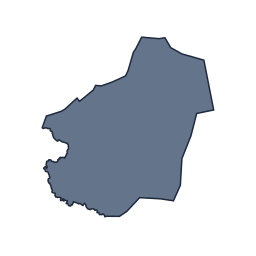 the district of Xairxan, Arhangay, Mongolia, rotated 253°
{"feature_id": "93677404B50954701545850", "entity_name": "Xairxan", "entity_type": "district", "adm_level": 2, "iso_a3": "MNG", "parent_name": "Mongolia", "parent_adm1": "Arhangay", "projection": "natural_earth1", "projection_center": [101.878, 48.564], "detail": "fine", "context": "isolated", "style": "filled", "palette": "slate", "viewbox_px": 256, "rotation_deg": 253, "n_neighbors": 0, "source": "geoboundaries", "source_scale": "gbopen_adm2", "svg_char_len": 5114}
<svg xmlns="http://www.w3.org/2000/svg" viewBox="0 0 256 256"><g transform="rotate(253 128 128)"><path d="M170.7,220.4L183.1,201.2L192.4,192.3L203.5,189.7L204.3,184.0L210.9,167.6L202.0,159.1L198.7,155.2L183.1,145.0L179.4,141.7L178.5,140.8L176.5,125.5L176.1,114.7L178.2,109.5L174.4,105.8L167.7,89.5L171.5,88.0L164.3,72.8L163.5,68.7L163.3,57.0L163.4,53.5L153.4,46.1L153.1,46.1L152.5,46.7L152.3,47.0L152.3,47.3L152.3,47.6L152.4,48.6L152.3,48.9L152.2,49.1L152.2,49.6L152.1,49.8L152.0,50.1L151.6,50.4L151.3,50.6L151.0,50.9L150.8,51.3L150.7,51.7L150.6,52.2L150.6,52.7L150.5,52.9L150.4,53.1L150.1,53.2L149.2,53.2L148.6,53.0L148.3,52.9L148.0,53.0L147.8,53.1L147.7,53.2L147.5,53.7L147.4,54.0L147.1,54.2L146.7,54.3L145.9,54.3L145.3,54.0L145.1,53.9L144.8,54.0L144.5,54.1L144.0,54.1L143.2,54.1L142.8,54.0L141.9,54.0L141.5,54.0L141.0,54.1L140.6,54.1L140.1,54.2L139.6,54.4L138.7,55.0L137.1,55.8L136.8,56.0L136.1,56.8L136.0,57.0L136.1,57.3L136.8,57.8L136.9,58.1L136.9,58.4L136.8,58.6L136.1,59.2L135.5,59.6L134.7,60.5L134.0,60.9L133.4,62.1L133.0,62.6L132.7,63.2L131.7,64.4L131.7,64.6L131.5,64.8L131.0,65.5L130.9,65.4L130.3,65.5L129.8,65.9L129.4,65.9L129.0,65.9L128.3,65.6L128.0,65.5L127.3,65.6L127.0,65.5L126.3,65.2L125.4,64.8L125.2,64.6L124.8,64.0L124.6,63.7L124.3,63.4L123.9,63.1L123.1,62.8L122.7,62.7L122.0,62.7L121.8,62.6L121.6,62.5L121.4,62.2L121.1,61.5L121.0,61.4L120.8,61.3L120.3,61.3L120.1,61.2L119.8,60.8L119.5,60.3L119.4,60.2L119.1,60.0L118.7,59.7L118.4,59.1L117.9,59.0L117.8,58.9L118.5,58.6L118.7,58.2L118.6,57.8L118.6,57.6L118.6,57.4L119.0,56.9L119.1,56.6L119.0,56.3L119.0,55.9L119.4,55.5L119.5,55.0L119.6,54.8L119.8,54.5L119.8,54.4L119.7,54.3L119.4,54.1L118.8,54.1L118.7,54.1L118.5,53.8L118.5,53.7L119.0,53.3L119.0,53.1L118.3,52.7L118.2,52.5L118.1,52.4L118.2,52.0L118.1,51.6L117.7,51.4L117.1,51.4L116.9,51.3L116.7,51.1L116.6,50.9L116.5,50.3L116.4,50.1L116.1,49.7L116.2,49.1L116.7,48.5L116.7,47.8L116.7,47.6L117.1,47.3L117.3,47.2L117.7,46.9L117.9,46.5L118.1,46.1L118.2,45.5L118.3,45.3L118.4,45.2L118.6,45.1L119.4,45.0L119.6,45.0L119.9,44.9L120.1,44.7L120.3,44.5L120.4,43.7L120.5,43.5L120.7,43.2L120.7,42.9L120.5,42.7L119.8,42.3L119.8,42.2L119.7,41.9L119.7,41.7L119.9,41.4L119.9,41.1L119.9,40.8L119.8,40.6L119.6,40.3L119.3,40.2L118.7,40.0L118.3,39.8L118.0,39.6L117.5,39.2L117.3,39.1L117.0,39.0L116.5,39.0L116.2,39.0L115.5,39.0L114.5,39.2L114.0,39.2L113.8,39.1L113.6,39.0L113.4,38.5L113.3,38.2L113.6,38.1L114.3,38.4L114.7,38.4L114.9,38.4L115.1,38.3L115.2,38.1L115.1,37.7L115.1,37.2L114.5,35.9L114.3,35.7L114.0,35.6L113.8,35.6L113.3,35.9L112.9,36.1L112.4,36.4L111.3,36.4L110.8,36.5L110.5,36.7L110.2,37.0L110.0,37.3L109.9,37.6L109.9,38.2L109.8,38.4L109.6,38.5L109.1,38.6L108.4,38.7L107.8,38.6L107.1,38.7L106.8,38.7L106.4,38.8L105.8,38.9L105.4,38.8L104.7,38.7L104.2,38.8L103.9,38.9L103.6,38.9L103.3,38.8L103.1,38.5L102.9,38.2L102.9,37.7L102.8,37.3L102.6,36.9L102.3,36.7L102.0,36.5L101.3,36.3L100.7,36.1L100.3,36.0L100.0,36.0L99.4,36.2L98.8,36.2L98.5,36.3L98.3,36.4L98.2,36.6L98.1,37.0L97.7,37.1L97.1,37.0L96.4,37.1L95.9,37.3L95.6,37.3L94.3,37.2L93.3,37.2L92.8,37.1L92.0,37.2L91.9,37.2L91.7,37.5L90.9,37.4L90.4,37.3L90.1,37.1L89.5,36.7L88.7,36.6L88.5,36.8L88.2,37.0L87.7,37.9L87.5,38.3L87.1,39.0L86.8,39.2L86.5,39.2L86.2,39.1L85.9,38.9L85.7,38.7L85.2,38.5L85.0,38.4L84.6,38.4L84.1,38.6L83.7,38.7L83.4,38.7L83.2,38.7L83.1,38.9L83.1,39.1L83.1,39.3L82.7,39.6L82.5,39.8L82.1,40.6L82.0,41.1L82.0,41.4L82.0,41.8L81.8,42.0L81.6,42.3L81.4,42.9L80.9,43.5L80.6,43.4L80.2,43.1L79.6,42.7L78.4,42.4L78.2,42.7L78.1,43.2L78.1,43.4L78.0,44.0L78.6,44.5L79.0,44.6L79.1,44.8L79.1,45.2L78.9,45.6L78.7,45.8L78.3,45.9L78.0,45.9L77.1,45.2L76.9,45.3L76.9,45.5L77.2,45.9L77.5,46.0L77.3,46.8L76.6,47.6L76.5,47.8L76.6,48.0L76.5,48.4L76.2,48.6L75.8,48.6L75.4,48.4L75.1,48.2L74.8,47.7L74.6,47.4L74.2,47.0L74.0,46.9L73.6,47.1L73.3,48.1L73.1,48.3L72.8,48.5L72.5,48.5L71.5,48.4L71.3,48.5L71.1,48.7L70.4,49.8L70.2,50.4L70.5,50.7L70.8,50.9L70.8,51.1L71.0,51.2L71.2,51.5L71.0,51.9L70.8,52.1L70.9,52.5L72.1,53.1L72.3,53.2L72.4,53.6L72.5,53.8L72.9,54.1L73.3,54.2L73.4,54.3L73.4,54.5L72.7,55.2L72.0,56.2L71.8,56.5L71.7,56.9L71.3,57.2L71.0,57.5L70.6,57.9L70.0,58.5L69.9,58.8L69.8,59.1L69.9,59.9L69.8,60.0L69.6,60.3L68.2,61.2L67.7,61.5L67.2,62.1L67.1,62.3L67.4,62.8L67.8,63.0L68.4,63.8L68.7,64.2L68.7,64.3L67.9,64.8L67.1,65.0L66.4,65.1L66.0,65.1L65.7,65.0L65.4,64.9L64.5,65.1L63.1,65.6L62.6,65.9L62.1,66.2L62.0,66.5L61.9,66.8L61.4,67.4L61.1,67.7L61.0,68.1L61.1,68.8L61.4,69.3L61.4,69.6L61.1,70.6L60.8,71.3L60.4,71.7L60.1,71.8L59.3,72.0L59.0,72.2L58.9,72.3L58.9,72.5L59.0,72.9L59.1,73.2L59.1,73.6L58.9,73.9L58.7,74.1L58.4,74.2L58.1,74.3L57.7,74.4L57.4,74.3L56.7,73.8L56.4,73.7L56.1,73.7L56.0,73.8L56.0,74.1L56.1,74.3L56.0,74.7L55.9,75.0L55.6,75.4L55.4,75.4L54.8,75.3L54.5,75.3L54.0,75.3L53.8,75.3L53.6,75.4L53.5,75.6L53.5,75.9L53.4,76.3L52.9,77.0L52.9,77.3L52.8,77.6L52.9,78.0L53.2,78.4L53.3,78.5L53.2,78.8L52.5,79.3L52.3,79.5L51.9,79.8L50.6,79.9L50.2,79.9L49.8,80.1L50.1,81.0L46.0,94.0L48.6,102.5L58.0,118.7L50.8,138.3L45.1,150.2L57.9,161.3L83.0,170.6L102.1,185.9L121.8,197.9L120.2,215.2L170.7,220.4Z" fill="#64748b" stroke="#1e293b" stroke-width="1.5"/></g></svg>